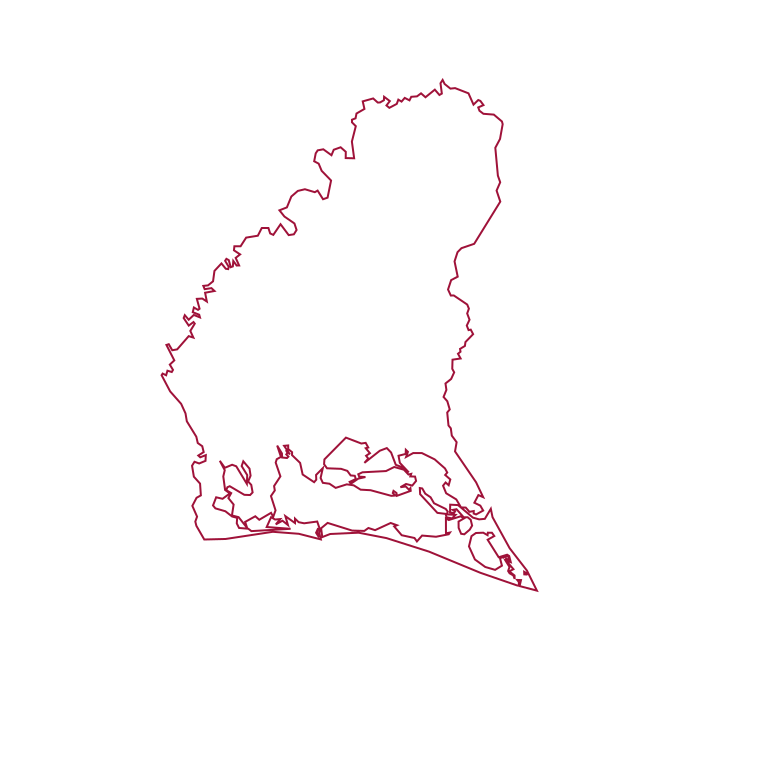 outline of Puerto Lempira, Gracias a Dios, Honduras, rotated 150°
{"feature_id": "27666195B20969327250579", "entity_name": "Puerto Lempira", "entity_type": "district", "adm_level": 2, "iso_a3": "HND", "parent_name": "Honduras", "parent_adm1": "Gracias a Dios", "projection": "equal_earth", "projection_center": [-84.066, 15.172], "detail": "fine", "context": "isolated", "style": "outline", "palette": "rose", "viewbox_px": 768, "rotation_deg": 150, "n_neighbors": 0, "source": "geoboundaries", "source_scale": "gbopen_adm2", "svg_char_len": 6171}
<svg xmlns="http://www.w3.org/2000/svg" viewBox="0 0 768 768"><g transform="rotate(150 384 384)"><path d="M353.4,252.8L356.2,290.1L350.2,297.3L351.1,305.4L348.3,312.2L348.9,315.8L343.5,327.7L339.8,329.1L337.8,337.4L338.9,343.0L332.9,347.7L330.5,353.7L323.3,354.8L317.4,359.0L317.3,363.0L312.5,370.8L304.9,367.8L304.8,373.2L301.6,373.7L300.6,376.4L294.9,376.5L292.5,379.6L281.9,382.6L281.7,387.7L283.8,388.4L283.1,393.2L277.8,396.9L276.7,403.5L272.8,406.8L272.2,411.2L279.3,425.8L281.9,427.2L281.3,433.8L273.9,440.4L266.5,440.1L261.6,454.9L254.4,461.4L249.0,462.9L235.8,460.3L192.1,483.8L189.8,495.2L182.5,500.6L181.2,507.5L169.5,532.9L161.0,538.2L151.3,549.7L150.6,552.4L154.2,562.4L162.8,568.3L164.7,572.9L164.1,576.4L158.4,575.8L159.0,581.0L160.4,582.8L166.8,581.2L165.5,593.5L174.5,604.7L178.8,606.6L181.5,613.5L181.2,618.0L184.7,616.2L188.7,606.6L191.5,606.6L192.8,613.5L204.7,611.6L206.6,617.2L211.6,616.6L216.8,619.1L220.1,616.9L223.0,621.4L227.6,619.8L229.4,623.1L232.9,620.2L241.3,620.5L242.6,624.0L237.5,626.1L240.3,632.7L242.2,629.8L246.7,629.8L248.7,630.9L250.6,636.7L261.1,639.4L263.4,632.0L272.6,632.0L275.8,628.3L279.6,628.9L280.9,626.6L279.5,621.4L290.6,610.0L297.0,594.4L304.2,598.8L301.0,604.2L303.2,610.7L310.4,612.0L315.1,608.4L319.2,617.6L324.6,619.5L327.8,617.9L333.1,611.8L330.4,607.5L331.4,599.8L328.1,586.7L339.7,573.6L344.4,574.5L344.8,584.7L348.0,584.7L355.1,592.2L362.1,594.3L370.5,592.7L379.8,585.5L387.7,586.7L386.5,578.8L381.3,567.8L382.7,561.1L387.2,558.7L392.1,560.6L393.7,574.1L405.3,568.5L407.3,571.3L406.1,576.9L411.9,580.2L419.1,575.5L430.2,579.7L439.3,575.0L444.7,578.1L447.1,574.8L443.8,568.2L449.4,567.4L450.2,559.1L452.4,560.3L453.0,565.9L456.1,561.4L458.3,561.8L456.5,568.9L457.9,571.2L460.0,570.1L459.9,563.1L461.5,561.4L463.4,562.9L464.5,569.7L474.3,566.7L480.7,558.4L487.1,557.4L491.4,559.3L491.9,555.8L485.5,553.3L484.3,549.3L493.3,552.5L496.2,544.0L498.6,548.8L503.5,551.3L506.1,541.4L508.0,541.2L510.4,545.3L513.7,541.8L509.4,536.4L510.1,533.7L514.2,538.9L521.0,537.3L522.1,543.2L524.5,541.3L523.9,532.2L518.0,532.9L517.7,530.9L525.2,526.8L525.9,519.5L529.2,523.1L545.8,517.4L550.5,519.1L550.5,526.1L552.9,526.6L553.8,509.3L559.8,507.9L559.7,501.7L561.8,500.5L564.9,503.8L568.3,500.5L570.5,503.7L572.2,502.8L572.9,484.5L569.6,468.2L570.6,457.8L573.4,450.3L572.9,432.2L574.8,426.0L572.5,421.0L574.2,415.2L580.6,414.9L579.8,412.4L573.9,411.5L577.0,406.7L583.8,407.6L587.0,411.4L591.1,409.2L595.0,398.8L593.1,389.7L598.3,379.1L603.2,379.2L610.9,374.3L612.2,362.6L616.2,359.2L617.4,355.0L617.4,339.2L598.7,329.0L554.2,311.6L532.7,296.9L516.4,281.0L515.2,285.2L517.0,284.7L517.2,289.1L513.0,292.1L516.4,288.6L515.5,286.1L512.2,290.2L510.6,298.3L522.8,303.3L527.0,307.0L528.4,311.9L530.6,308.1L535.5,318.9L537.7,309.9L540.3,316.4L547.9,316.5L541.4,318.9L546.1,321.1L548.4,325.1L557.1,318.8L537.3,305.3L572.4,322.9L573.9,326.5L581.5,331.8L581.2,336.9L578.1,341.5L581.8,345.2L585.0,353.1L592.2,360.6L592.8,364.3L586.0,369.8L581.2,365.3L572.2,366.3L574.6,371.7L569.4,384.3L565.0,389.0L564.6,399.6L563.7,391.0L555.9,390.0L553.1,386.6L552.7,366.1L548.0,373.5L548.3,384.1L544.5,387.4L542.8,377.9L545.4,371.3L550.4,367.5L549.4,363.0L552.0,355.8L555.5,354.8L560.4,357.9L568.7,372.6L571.2,372.9L573.7,371.0L570.9,365.9L575.8,363.0L574.5,354.8L581.4,346.2L576.5,341.4L574.5,327.7L573.2,334.0L561.6,333.8L559.9,328.8L546.2,328.9L546.4,324.3L541.1,328.8L537.9,343.5L531.8,346.4L530.2,350.6L519.9,355.8L517.1,370.1L514.5,372.5L509.7,372.4L507.3,384.1L507.1,374.9L509.0,371.3L505.0,368.4L503.1,368.9L503.8,371.9L502.1,372.5L502.0,375.8L500.7,370.0L501.4,380.4L497.7,378.7L499.5,375.6L497.7,370.9L499.2,368.4L496.1,357.6L499.7,346.3L493.6,333.9L490.5,335.0L488.3,339.2L479.1,341.7L485.9,334.3L486.4,329.0L481.1,324.9L477.8,318.2L466.4,315.7L460.9,311.4L457.1,304.2L448.7,298.7L433.6,283.5L429.9,281.7L430.9,285.2L429.2,286.7L427.7,283.4L428.7,280.7L414.3,278.1L413.2,280.6L415.2,279.9L416.4,284.4L421.4,286.4L414.9,286.4L410.3,281.9L404.7,284.0L403.4,288.3L407.4,290.8L405.4,292.6L408.1,293.4L409.6,299.8L416.6,307.0L425.8,307.6L446.8,318.3L451.4,318.7L451.8,316.2L446.6,312.7L453.6,314.9L462.6,314.2L462.7,316.4L455.9,315.8L455.2,319.1L458.6,321.5L459.2,327.1L463.6,332.0L475.5,339.5L476.0,344.5L473.3,348.5L443.8,356.6L433.4,343.8L429.3,342.2L429.4,336.9L431.9,337.5L430.8,331.1L435.4,330.8L434.9,327.3L440.4,325.5L421.0,328.3L413.6,327.1L412.1,321.1L414.2,308.1L408.7,301.4L406.7,295.0L409.7,307.8L407.3,314.6L400.2,312.6L398.0,316.1L397.2,313.3L401.3,309.8L393.2,309.6L385.7,305.2L377.8,293.4L373.4,280.4L373.5,275.7L376.5,274.6L374.3,268.2L378.6,264.0L379.9,267.9L383.7,266.4L384.8,258.3L379.1,247.9L379.0,238.6L375.0,236.1L373.9,230.6L369.8,229.1L371.1,227.0L369.5,225.0L361.4,224.8L361.4,230.5L365.1,236.0L357.8,240.6L354.7,236.4L353.4,252.8ZM354.9,128.6L353.5,150.9L357.3,178.9L356.6,214.4L353.9,222.5L364.1,216.8L369.3,219.2L373.8,223.8L380.4,242.1L387.0,246.4L391.0,239.8L388.0,237.2L386.1,238.2L387.4,240.6L383.8,239.3L381.6,228.7L378.2,226.8L376.8,223.1L378.5,217.3L382.6,215.0L389.6,213.7L392.1,215.7L391.3,222.1L388.2,227.6L381.9,227.6L383.8,231.1L395.9,233.8L397.6,236.6L405.0,223.7L401.2,222.4L403.1,221.5L415.3,225.7L426.8,233.7L434.2,231.2L434.6,235.4L444.3,244.2L446.4,255.6L443.4,255.2L447.7,260.3L464.8,261.9L469.5,267.1L474.5,266.6L484.9,273.0L502.3,291.9L510.6,290.5L514.0,282.3L505.6,281.0L480.3,267.9L458.9,249.3L428.8,216.3L395.0,172.4L369.2,142.7L367.9,142.0L366.2,145.2L366.6,147.7L363.4,145.7L367.6,141.2L354.9,128.6ZM368.3,149.9L367.7,153.5L369.9,157.3L370.0,160.0L366.8,162.8L367.1,170.9L365.6,171.7L363.3,168.6L362.6,172.9L370.6,175.3L372.7,167.7L380.7,167.5L387.8,174.9L393.0,186.6L391.6,200.9L384.3,208.5L378.9,209.0L372.4,205.6L369.9,201.3L368.4,203.3L364.9,201.2L364.5,197.2L372.1,197.3L371.3,176.6L362.7,174.6L361.6,172.5L363.3,166.3L366.6,170.3L364.5,158.9L369.2,159.1L366.7,152.9L368.3,149.9ZM357.7,149.0L356.5,151.3L354.6,148.0L355.6,147.6L357.7,149.0ZM402.2,245.7L394.6,240.0L392.6,241.5L393.0,244.9L400.3,255.7L400.3,262.6L403.1,268.4L403.1,274.4L405.0,276.0L407.8,270.5L402.2,245.7ZM396.5,237.3L392.3,233.6L387.5,234.9L395.7,240.3L396.5,237.3Z" fill="none" stroke="#9f1239" stroke-width="2"/></g></svg>